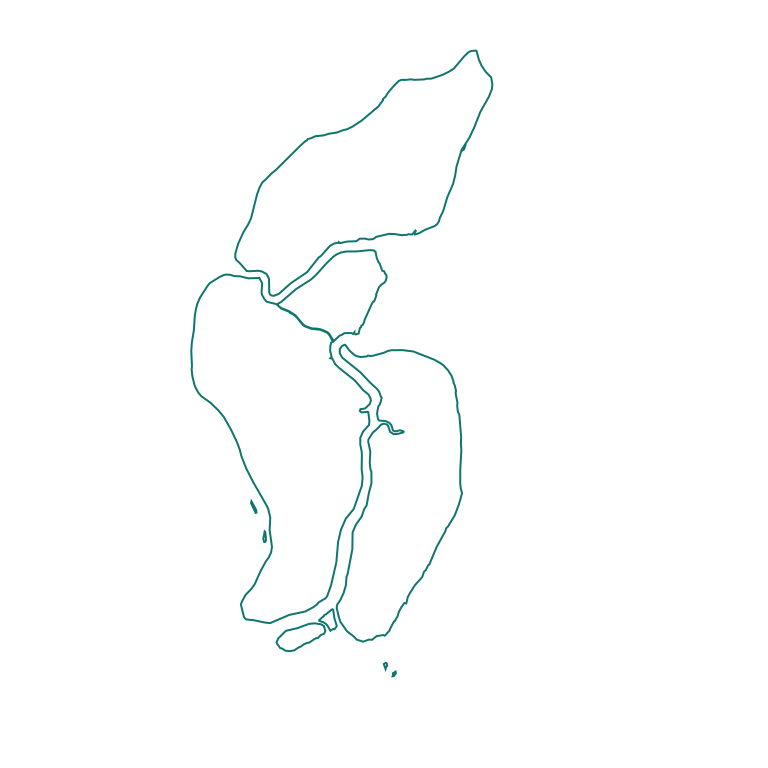 outline of Kepulauan Meranti, Riau, Indonesia, rotated 66°
{"feature_id": "22746128B32802105420608", "entity_name": "Kepulauan Meranti", "entity_type": "district", "adm_level": 2, "iso_a3": "IDN", "parent_name": "Indonesia", "parent_adm1": "Riau", "projection": "natural_earth1", "projection_center": [102.588, 1.052], "detail": "fine", "context": "isolated", "style": "outline", "palette": "teal", "viewbox_px": 768, "rotation_deg": 66, "n_neighbors": 0, "source": "geoboundaries", "source_scale": "gbopen_adm2", "svg_char_len": 6163}
<svg xmlns="http://www.w3.org/2000/svg" viewBox="0 0 768 768"><g transform="rotate(66 384 384)"><path d="M398.8,417.1L397.4,415.7L398.4,412.5L398.5,410.8L396.4,404.9L393.7,402.7L391.3,402.1L387.2,402.5L381.0,405.6L369.1,409.1L350.8,418.6L346.0,420.5L339.6,420.9L338.7,422.5L337.7,420.8L331.9,419.7L327.3,417.5L324.8,415.5L324.6,413.6L317.6,413.9L314.2,414.9L308.5,420.2L304.1,427.8L299.9,432.2L297.5,434.0L287.4,436.7L283.2,438.8L281.3,440.6L279.1,441.6L273.3,447.2L267.2,449.9L261.2,457.6L258.1,458.7L253.0,459.2L250.5,458.6L242.4,454.3L236.4,454.8L232.3,464.9L227.0,471.8L224.6,476.8L221.6,480.2L219.8,483.7L219.3,486.0L219.3,490.2L221.0,502.1L222.5,505.1L230.1,516.8L234.6,521.7L238.6,525.0L244.9,529.2L257.2,535.6L268.2,542.8L275.4,546.6L289.4,552.1L292.7,553.9L299.7,556.1L309.1,557.7L316.2,557.2L320.8,555.9L330.6,550.1L340.3,546.2L349.1,543.7L364.5,542.3L376.9,542.0L385.6,542.5L391.7,543.6L405.3,544.2L420.6,543.4L448.0,540.6L451.2,540.6L459.9,542.3L470.9,547.9L487.3,552.6L492.0,555.7L495.4,559.6L498.1,564.2L505.0,573.2L514.1,583.3L517.3,588.6L520.2,596.0L524.8,602.1L527.2,604.4L539.3,606.6L542.0,606.3L543.2,605.4L546.7,599.2L553.1,590.4L556.1,585.4L556.4,564.4L559.8,548.5L559.1,539.0L558.1,534.9L556.9,532.5L556.0,524.6L554.8,522.3L546.4,514.3L527.6,500.1L509.8,490.3L499.6,482.6L491.5,473.7L485.8,462.4L467.8,445.5L460.3,441.4L452.6,439.0L440.6,433.4L436.8,431.9L429.7,430.3L423.6,427.6L418.9,422.4L415.3,414.3L411.7,412.3L403.3,409.8L402.7,410.4L401.0,415.8L398.8,417.1ZM158.4,165.4L154.3,163.1L147.5,161.4L139.9,164.2L132.9,165.4L126.2,165.4L117.5,164.0L116.9,164.3L115.3,168.6L115.2,171.8L117.6,178.2L124.2,191.7L125.1,197.6L125.4,204.7L124.3,216.5L122.4,221.1L122.2,223.0L120.7,227.0L118.6,232.3L116.5,235.8L115.1,240.3L113.2,244.4L113.2,247.4L115.5,253.5L119.5,261.8L122.1,265.5L123.2,268.9L124.3,269.5L128.1,276.1L134.3,297.4L136.1,308.6L136.2,314.7L135.5,317.5L135.1,324.8L132.9,332.8L132.4,337.8L129.7,346.0L129.8,350.3L129.3,354.1L130.2,355.7L130.1,356.9L132.3,363.6L144.4,395.5L146.0,401.3L149.5,410.1L150.0,412.3L151.1,414.2L154.1,418.0L159.7,423.3L178.5,438.0L183.2,443.5L188.0,450.5L196.4,460.0L204.4,466.8L207.9,468.4L210.3,468.6L215.4,466.4L224.9,463.5L226.2,461.2L229.4,452.8L231.5,449.8L235.8,446.5L241.2,446.3L253.6,451.6L255.7,451.7L257.1,451.2L258.6,448.9L258.9,443.5L254.1,428.5L250.6,408.9L241.8,392.0L241.4,389.5L235.9,377.4L235.4,372.7L235.8,369.8L236.9,367.6L236.4,367.4L237.4,366.8L239.0,359.4L242.3,351.2L241.4,347.0L243.4,342.3L245.6,339.5L247.0,335.8L247.1,333.9L246.4,331.4L248.8,318.6L251.0,313.9L255.3,307.2L257.1,302.0L257.1,300.7L258.9,297.4L256.6,293.0L257.2,292.8L258.4,294.8L260.0,294.9L260.5,290.5L259.8,283.5L260.3,273.5L259.6,270.4L257.8,267.7L254.8,265.3L250.2,259.7L239.0,250.1L229.2,239.4L222.2,234.0L214.7,229.2L201.6,217.8L193.8,205.9L186.2,197.1L174.6,185.3L164.2,171.3L158.4,165.4ZM409.9,319.4L403.9,319.0L397.6,319.9L391.2,322.1L388.2,323.8L382.2,328.2L366.2,344.0L360.6,353.3L356.2,363.4L355.4,366.8L355.4,371.5L353.7,382.6L352.9,385.1L351.5,387.0L351.8,388.7L349.7,394.6L347.1,398.0L345.0,399.5L339.2,402.0L332.7,403.4L332.1,404.1L332.3,407.2L334.1,410.2L338.1,411.9L343.0,411.4L363.3,401.0L377.6,395.9L385.8,392.3L389.3,391.6L394.4,392.0L395.5,391.7L398.9,394.2L401.1,396.4L401.9,398.0L406.0,401.0L408.3,402.4L413.6,403.8L415.4,403.3L418.4,397.8L421.5,395.0L424.6,394.0L429.9,394.7L431.4,393.8L432.2,391.8L432.7,388.4L434.7,385.9L435.7,385.5L436.0,386.5L435.3,391.1L433.8,395.6L430.1,397.9L423.7,397.2L422.0,397.9L420.2,400.3L419.9,403.2L422.3,408.7L423.9,414.1L428.2,420.6L430.2,421.9L440.2,424.0L450.1,429.0L456.0,431.0L459.2,431.3L469.7,435.9L477.2,442.0L488.0,449.4L490.1,452.9L495.9,458.2L501.1,466.9L506.7,473.0L522.2,480.2L542.9,494.6L544.9,496.7L552.4,500.7L558.4,505.8L563.4,511.5L566.7,516.7L568.2,517.7L569.8,518.4L578.6,520.1L583.7,520.6L595.0,518.3L602.2,514.4L606.4,512.9L610.9,507.9L611.4,501.7L612.8,499.0L611.3,493.2L613.1,486.7L614.3,485.6L611.4,479.1L610.3,478.2L605.0,471.5L605.0,470.6L602.0,466.4L597.9,462.8L595.0,459.0L592.4,454.6L593.5,452.9L588.4,449.0L585.3,445.0L580.3,437.5L576.0,427.7L571.9,423.9L570.8,421.2L567.8,417.7L567.3,416.0L554.3,402.2L543.6,388.1L541.0,385.8L540.4,383.8L532.9,372.9L524.4,364.5L515.5,357.1L510.7,356.4L505.6,354.7L493.1,349.1L476.0,340.3L469.7,338.0L463.9,335.1L442.4,327.6L441.2,327.9L437.9,327.4L433.4,325.9L431.3,324.6L423.4,322.8L420.4,321.8L419.9,321.1L414.6,320.0L410.7,319.9L409.9,319.4ZM285.1,337.5L283.6,338.1L281.1,338.0L279.8,339.5L271.8,339.0L270.7,339.5L266.1,339.4L259.5,337.9L258.9,338.7L257.8,338.9L255.8,342.9L251.7,355.2L247.7,364.3L246.4,369.6L246.3,374.3L247.0,378.2L250.3,387.4L256.8,401.9L258.9,408.5L261.5,425.7L267.2,444.5L267.6,449.0L270.4,448.4L273.0,446.8L279.0,441.0L285.2,437.0L296.4,433.7L299.2,432.2L303.9,427.2L306.3,422.5L308.8,419.0L313.5,414.7L315.7,413.7L324.4,412.4L321.8,405.0L321.9,402.2L321.4,399.6L324.2,393.0L325.7,391.8L324.7,390.0L326.0,390.6L327.2,389.7L327.6,386.7L323.1,383.2L322.8,381.9L321.5,380.9L321.5,379.7L319.8,377.3L317.7,375.8L305.4,362.0L304.3,360.0L304.5,359.4L303.0,357.8L299.8,354.8L299.1,354.9L293.5,349.2L292.1,345.8L291.6,342.6L290.3,340.3L287.7,338.2L285.1,337.5ZM577.8,587.3L583.1,586.2L584.2,584.7L587.6,582.5L590.0,578.1L590.8,574.4L589.9,568.7L590.0,566.4L589.2,563.5L589.2,560.0L589.8,557.2L588.8,552.0L588.6,549.5L589.2,547.6L587.6,544.0L587.8,540.2L585.5,537.9L580.5,537.4L578.0,539.2L574.5,544.5L572.6,550.2L571.8,562.5L569.7,573.2L569.8,574.7L573.4,584.0L576.2,587.2L577.8,587.3ZM574.1,539.5L576.9,536.4L579.4,534.7L581.3,534.0L587.6,533.3L587.1,530.4L587.9,529.0L586.5,526.3L585.6,525.5L577.9,524.6L569.8,522.3L568.9,522.6L568.8,523.8L570.8,530.7L570.8,532.7L571.4,533.0L573.3,539.2L574.1,539.5ZM438.7,553.9L449.5,553.7L449.6,552.8L447.0,552.0L437.2,552.8L438.7,553.9ZM479.9,556.6L478.6,555.3L475.4,554.1L470.9,552.7L470.2,553.0L476.5,557.3L479.6,557.7L479.9,556.6ZM645.0,498.5L643.0,496.8L642.9,495.8L641.0,495.2L639.9,495.3L639.4,495.9L639.8,498.1L645.0,498.5ZM654.8,493.9L653.1,490.8L651.5,490.4L651.9,493.5L653.3,493.9L654.5,495.0L654.8,493.9ZM202.5,217.3L202.1,215.3L200.3,213.7L201.2,216.6L202.5,217.3Z" fill="none" stroke="#0f766e" stroke-width="2"/></g></svg>